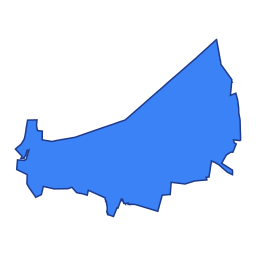 Santo Domingo, San Luis Potosí, Mexico (orthographic projection)
{"feature_id": "50627088B7585630413925", "entity_name": "Santo Domingo", "entity_type": "district", "adm_level": 2, "iso_a3": "MEX", "parent_name": "Mexico", "parent_adm1": "San Luis Potosí", "projection": "orthographic", "projection_center": [-101.913, 23.412], "detail": "fine", "context": "isolated", "style": "filled", "palette": "blue", "viewbox_px": 256, "rotation_deg": 0, "n_neighbors": 0, "source": "geoboundaries", "source_scale": "gbopen_adm2", "svg_char_len": 4697}
<svg xmlns="http://www.w3.org/2000/svg" viewBox="0 0 256 256"><path d="M157.8,211.3L160.1,202.8L162.2,195.2L168.4,194.6L170.2,194.6L171.2,182.3L177.8,183.1L185.1,184.0L186.9,183.4L194.6,181.0L198.4,180.6L206.9,179.9L206.4,178.2L206.2,177.2L209.0,177.0L209.1,176.1L209.9,171.2L210.7,165.8L211.5,160.9L213.2,161.9L213.5,161.7L218.9,164.8L227.4,172.2L232.5,174.7L232.6,172.4L232.4,170.1L221.7,163.3L224.2,158.7L226.3,155.1L230.6,152.2L232.9,152.2L236.2,143.9L234.2,142.7L233.5,139.8L239.9,140.6L240.6,140.0L240.5,136.5L240.5,134.9L240.4,131.8L240.3,130.4L240.3,128.8L240.2,126.6L240.2,124.4L240.1,122.3L240.1,120.9L240.0,119.6L238.8,113.0L238.7,110.3L238.7,109.2L238.6,107.5L237.6,99.9L235.8,93.2L230.4,95.4L231.1,88.4L231.7,81.6L232.0,81.7L231.8,81.3L231.8,81.2L231.7,81.0L231.8,79.6L225.0,70.1L221.0,64.6L220.6,62.5L220.6,62.1L220.7,61.6L220.5,61.4L217.0,42.1L216.5,39.5L216.4,39.5L216.1,39.8L215.5,40.4L213.9,41.8L213.1,42.6L212.6,43.1L212.1,43.5L209.6,45.7L208.0,47.3L205.9,49.1L205.3,49.7L204.9,50.0L204.5,50.4L204.1,50.8L203.7,51.1L203.0,51.7L202.7,52.1L202.2,52.5L200.4,54.1L198.3,56.0L196.2,58.0L190.0,63.3L181.1,71.1L174.5,76.8L170.2,80.5L165.7,84.5L164.4,85.6L163.1,86.9L162.2,87.6L161.6,88.2L160.0,89.6L157.4,91.8L156.5,92.6L156.1,92.9L155.5,93.4L154.9,94.0L153.8,95.0L153.2,95.5L152.7,95.9L149.5,98.7L149.1,99.1L147.9,100.1L147.2,100.7L145.6,102.1L143.0,104.5L142.0,105.3L141.1,106.1L139.6,107.4L138.8,108.1L138.5,108.4L136.3,110.3L125.2,120.0L119.8,121.8L111.6,124.7L99.8,128.7L87.7,132.9L75.3,137.2L74.9,137.3L68.7,138.4L62.8,139.4L56.6,140.5L52.0,141.5L51.4,141.4L49.9,141.1L49.2,141.0L44.2,140.2L42.2,139.8L42.3,131.1L37.5,130.6L37.0,128.2L36.9,127.5L36.7,126.6L36.6,125.8L36.5,125.2L36.9,120.8L37.0,119.9L27.6,120.1L26.8,124.6L26.2,127.9L26.0,129.9L26.0,130.0L25.1,135.4L25.0,135.8L24.3,138.9L23.3,140.6L22.3,142.3L21.2,144.1L20.9,144.4L17.4,147.3L17.1,147.5L15.4,149.1L15.7,149.5L15.8,149.5L18.0,151.9L20.4,154.4L20.8,154.9L21.3,155.3L21.9,156.0L22.0,156.1L20.9,158.4L21.2,158.4L21.3,158.4L21.5,158.4L22.0,158.4L22.4,158.4L22.5,158.4L22.9,158.4L23.0,158.4L23.4,158.4L23.7,157.8L24.1,158.2L24.2,157.9L24.3,157.7L24.4,157.4L24.5,157.2L24.6,156.9L24.8,156.6L25.0,156.1L25.1,155.9L25.7,155.6L25.7,155.4L25.8,155.2L25.9,154.8L25.9,154.7L25.9,154.4L26.0,154.2L26.1,153.9L26.2,153.7L26.2,153.3L26.4,152.9L26.5,152.6L26.5,152.4L26.6,152.2L26.7,151.9L26.7,151.7L26.8,151.6L26.8,151.4L26.8,151.2L26.9,150.9L26.9,150.7L27.0,150.4L27.3,150.4L27.5,150.5L27.6,150.4L27.7,150.5L27.8,150.5L28.0,150.5L28.3,150.6L28.5,150.6L28.8,150.3L28.5,151.6L28.0,153.2L27.9,153.6L27.4,155.3L27.2,155.8L27.1,156.3L26.8,157.1L26.7,157.5L26.5,158.2L26.4,158.4L26.2,158.9L26.2,159.2L25.5,159.7L24.5,160.4L23.6,160.4L22.3,160.3L20.1,160.1L18.3,160.0L17.5,159.9L17.5,160.0L17.4,161.0L17.3,161.7L17.3,162.3L17.3,162.8L17.1,164.1L17.0,165.4L17.0,165.8L17.0,166.1L16.9,166.8L16.9,167.2L16.9,167.5L16.8,167.9L16.8,168.3L16.8,168.8L16.7,169.5L20.4,171.3L21.9,172.0L22.9,172.5L26.2,174.1L27.2,174.6L27.2,174.8L27.0,181.6L26.9,183.0L26.9,183.8L29.2,187.8L30.8,190.1L31.4,190.9L31.7,191.3L31.8,191.5L32.5,192.6L32.7,192.8L33.7,194.2L33.8,194.3L34.4,195.2L34.8,195.8L35.3,196.6L35.7,197.3L41.4,194.6L43.3,186.4L54.2,188.9L67.8,188.7L71.9,187.3L76.6,192.6L80.5,193.5L80.9,193.3L87.2,195.2L88.3,190.3L96.2,193.8L105.2,197.9L105.2,198.1L105.2,198.3L105.2,198.5L105.2,198.8L105.2,199.1L105.2,199.4L105.3,199.6L105.4,199.8L105.5,200.0L105.8,200.3L106.0,200.5L105.6,201.2L105.8,201.4L106.0,201.8L106.4,202.6L106.6,203.1L106.6,203.5L106.6,204.0L106.7,204.6L106.7,204.8L106.8,205.1L106.9,205.4L106.9,205.7L107.0,206.1L107.1,206.5L107.2,206.9L107.2,207.2L107.2,207.7L107.2,208.6L107.2,208.9L107.2,209.1L107.2,209.3L107.2,209.6L107.0,210.4L107.0,210.8L106.8,211.8L107.1,211.8L107.2,212.0L107.2,212.3L107.4,212.3L107.4,212.5L107.5,212.6L107.3,213.5L107.6,214.4L108.2,214.2L108.3,214.4L108.5,214.5L108.5,214.9L108.8,214.9L109.8,215.2L113.5,216.5L117.0,207.8L117.9,208.1L121.2,199.3L121.4,199.5L121.6,199.8L121.9,199.6L122.1,199.7L122.1,199.4L122.2,199.2L122.4,199.4L122.6,199.7L122.6,200.0L122.5,200.3L122.4,200.4L122.4,200.6L122.5,200.6L122.4,200.7L122.3,200.8L122.3,201.0L122.5,201.0L122.8,201.1L123.0,201.0L123.1,201.3L123.3,201.7L123.2,201.7L123.4,202.1L123.6,202.9L123.7,203.3L123.9,203.3L124.3,203.3L124.5,203.2L125.0,203.6L125.4,204.0L125.4,203.9L125.7,203.8L127.2,203.2L127.4,203.1L127.7,203.1L127.9,203.1L128.3,203.1L128.1,204.4L128.5,204.4L128.9,204.4L129.4,204.5L130.2,204.3L130.1,204.6L130.5,204.6L130.8,204.5L131.2,204.4L131.6,204.3L135.3,204.5L136.6,204.9L136.8,204.9L138.0,205.3L138.4,205.4L138.6,205.5L139.3,205.7L140.9,206.2L147.0,208.0L155.8,210.7L157.8,211.3Z" fill="#3b82f6" stroke="#1e3a8a" stroke-width="1.5"/></svg>